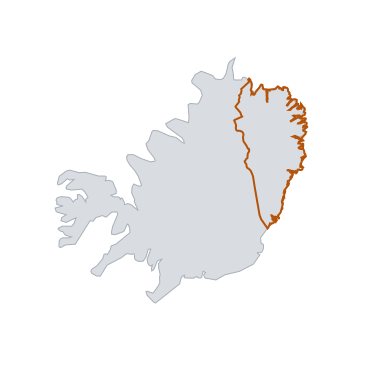 Iceland, with Austurland highlighted, rotated 325°
{"feature_id": "ISL-695", "entity_name": "Austurland", "entity_type": "Region", "adm_level": 1, "iso_a3": "ISL", "parent_name": "Iceland", "parent_adm1": "", "projection": "mercator", "projection_center": [-15.126, 64.88], "detail": "fine", "context": "in_parent", "style": "outline", "palette": "amber", "viewbox_px": 384, "rotation_deg": 325, "n_neighbors": 0, "source": "natural_earth", "source_scale": "10m", "svg_char_len": 9739}
<svg xmlns="http://www.w3.org/2000/svg" viewBox="0 0 384 384"><g transform="rotate(325 192 192)"><path d="M280.1,116.5L283.0,116.8L287.8,114.6L294.8,108.2L297.7,106.8L304.3,106.8L296.2,113.0L293.2,119.7L291.0,123.0L291.0,124.5L296.7,128.6L299.4,127.2L300.6,127.8L301.7,129.7L302.5,133.5L302.0,137.4L300.3,141.4L298.1,144.7L298.4,145.7L300.2,146.2L309.5,144.3L310.6,149.1L311.4,150.7L311.2,152.3L307.5,157.4L311.8,154.2L315.3,153.3L321.2,154.9L323.6,156.8L325.0,160.0L328.0,159.0L329.3,160.9L329.4,162.9L328.1,168.3L324.5,171.0L326.6,174.9L328.4,175.0L328.7,175.9L328.5,178.2L325.8,180.9L330.3,183.9L330.8,185.1L330.6,188.5L329.8,190.4L328.5,191.6L325.3,191.8L323.3,193.0L324.0,195.2L323.3,200.9L320.8,205.7L318.4,208.2L316.1,209.8L309.7,208.0L310.0,212.0L307.7,214.5L308.1,216.6L308.9,217.6L308.5,220.3L305.6,225.8L303.5,227.6L299.4,229.7L293.4,234.7L287.5,234.6L272.7,241.7L266.9,245.5L256.5,256.9L252.1,259.8L244.6,261.3L222.0,268.7L219.5,273.1L219.3,274.0L220.4,275.7L218.6,278.9L215.2,281.1L213.6,281.1L210.8,279.2L210.5,280.1L211.6,282.4L200.6,286.3L185.3,284.2L171.8,278.8L161.1,277.7L153.5,270.1L153.3,268.9L154.1,266.6L156.9,265.7L155.6,263.3L151.0,267.4L149.5,267.3L147.6,265.6L147.5,264.0L143.7,263.4L137.1,258.5L136.6,257.4L138.2,255.8L137.9,255.5L134.3,255.8L129.1,260.2L98.4,262.0L97.3,259.7L96.0,250.9L97.1,247.2L98.4,247.5L102.0,252.5L110.2,249.7L113.6,247.8L116.7,243.0L118.5,241.5L121.0,235.3L123.5,231.5L128.7,229.7L124.1,228.6L116.3,233.6L113.7,233.6L114.9,231.4L117.6,229.0L115.7,228.8L115.0,227.7L114.9,225.4L116.3,221.7L125.5,215.1L123.3,213.8L117.0,218.9L112.3,220.6L108.5,218.3L106.7,215.2L106.8,213.8L109.1,209.8L108.7,209.1L107.2,208.7L103.1,205.0L96.6,205.3L80.6,203.2L68.5,208.3L65.6,206.0L63.2,200.9L63.7,198.9L65.8,197.7L71.7,197.9L80.4,195.5L84.4,192.5L85.9,193.2L86.7,194.7L92.0,192.4L94.9,189.8L99.7,191.1L117.8,189.7L120.1,186.2L121.1,182.1L120.7,181.2L114.0,185.0L112.5,185.0L104.8,183.0L102.0,180.7L102.9,178.8L107.0,174.9L117.4,168.3L118.9,166.9L119.0,165.3L114.9,162.5L107.1,163.3L105.1,159.9L98.6,157.9L94.3,159.2L92.0,157.1L66.5,167.8L58.2,162.9L52.3,162.1L51.7,160.5L55.2,155.8L57.5,155.0L59.9,155.4L64.4,158.7L67.6,159.7L63.6,154.9L63.4,150.3L62.2,149.1L61.0,146.0L61.5,144.9L66.2,145.6L73.7,151.0L77.4,150.0L82.2,146.6L71.4,144.7L68.2,140.4L70.5,138.2L76.0,138.5L69.9,131.1L69.6,129.9L70.6,126.6L78.4,129.4L74.3,125.1L74.2,124.1L75.3,123.3L76.0,120.6L77.9,119.5L81.8,120.5L87.9,125.5L88.7,127.0L89.0,132.1L91.3,131.3L94.2,132.0L96.5,128.5L98.2,129.3L99.4,132.4L99.3,139.3L100.9,136.9L103.7,136.7L104.2,131.1L103.6,126.6L94.4,121.3L90.8,117.5L91.2,116.2L93.0,115.1L102.6,114.1L98.5,111.9L97.5,109.6L90.2,110.5L86.5,109.5L86.4,108.3L87.9,106.6L92.3,103.0L100.7,102.7L104.1,103.7L110.7,111.5L115.9,114.7L124.6,125.3L130.2,129.3L130.4,130.4L129.5,131.6L127.4,133.0L130.7,134.8L132.7,137.5L132.8,138.7L131.0,147.1L128.9,149.8L123.8,148.2L125.0,150.9L128.7,153.7L129.5,155.3L129.0,156.9L130.7,156.4L131.3,157.3L130.5,162.0L129.5,163.7L132.6,164.6L134.7,167.0L137.3,176.4L138.7,169.2L139.4,166.5L140.6,165.5L142.1,158.1L145.6,153.7L148.8,152.0L152.1,157.2L154.5,157.7L157.0,148.5L157.4,141.7L156.6,134.2L157.0,128.9L158.7,125.6L160.9,124.7L165.5,127.9L169.4,135.3L175.2,143.4L179.2,145.5L179.9,145.2L180.6,142.6L180.1,131.9L181.9,126.2L186.7,124.8L194.0,119.5L195.7,119.4L199.2,122.4L205.7,133.2L210.2,138.2L212.6,146.1L213.7,147.6L214.7,145.1L214.8,141.6L209.2,125.1L209.2,122.8L209.7,121.0L219.7,121.9L221.9,123.8L228.8,133.2L232.2,129.4L238.9,118.2L241.3,118.5L247.0,123.1L249.3,122.7L256.0,118.6L257.5,113.4L254.6,102.6L255.8,100.4L262.1,97.7L268.8,98.3L275.7,108.3L276.0,112.9L280.1,116.5Z" fill="#d9dde1" stroke="#a8b0b8" stroke-width="1"/><path d="M303.8,131.8L304.1,133.2L304.1,133.9L303.6,134.8L303.6,136.0L302.9,138.0L301.0,140.3L299.1,141.7L298.5,142.5L298.6,143.6L298.1,144.5L296.8,145.9L297.5,145.8L298.2,145.3L299.4,143.7L299.0,145.0L298.3,146.4L298.0,147.5L298.9,148.0L299.8,147.7L301.8,146.5L307.3,145.0L309.3,144.0L310.3,143.7L311.1,144.6L310.0,147.2L309.4,147.8L309.5,148.4L309.9,149.3L312.1,150.8L312.5,151.4L311.2,151.8L310.4,152.4L309.8,154.0L308.5,155.6L307.9,156.9L306.0,159.3L305.3,161.0L305.2,162.0L305.5,161.5L306.1,160.2L307.5,158.9L308.2,157.4L311.4,152.7L311.9,152.3L312.6,152.4L314.6,154.0L313.5,152.6L313.2,151.9L318.8,155.3L319.6,155.4L322.4,154.7L322.8,154.7L323.1,155.0L323.3,155.8L323.4,156.4L323.2,156.8L322.9,156.9L322.9,157.3L323.7,157.3L324.0,157.4L324.3,157.8L324.3,158.2L324.1,159.5L324.5,160.3L325.0,160.7L326.2,159.0L326.8,158.5L327.6,158.7L327.7,158.9L327.8,159.9L328.5,159.9L329.5,161.2L329.6,162.6L329.2,163.4L328.5,164.6L328.8,166.1L328.8,166.6L327.8,167.5L328.1,167.9L328.0,169.6L327.1,170.2L324.8,169.9L323.8,170.4L324.4,171.0L326.4,171.7L326.5,172.7L325.9,173.4L325.1,173.8L323.8,173.8L322.2,174.6L320.0,175.0L319.4,175.5L319.8,176.0L323.8,174.5L325.1,174.6L327.5,174.0L328.3,174.2L329.6,175.1L330.2,175.8L330.6,176.8L330.0,177.2L329.0,178.9L328.4,179.3L325.2,180.1L321.7,180.1L320.3,180.5L318.7,180.5L319.5,181.1L322.4,180.5L326.4,180.9L328.1,180.5L329.1,180.5L329.4,180.7L329.2,181.1L328.8,181.8L328.8,182.7L328.7,183.0L327.7,183.4L326.0,183.8L326.0,184.3L328.0,183.9L328.5,184.3L328.5,184.7L328.0,184.9L327.6,185.5L328.6,185.6L329.1,186.3L329.4,186.1L329.8,185.3L330.0,185.1L330.8,183.4L331.8,182.2L331.9,184.4L331.7,186.8L332.1,187.1L332.3,187.7L332.1,188.4L331.7,189.3L331.1,189.7L330.1,190.1L329.5,190.5L330.2,191.9L330.2,192.2L328.6,193.4L326.7,193.0L325.1,193.3L324.6,193.0L323.9,190.8L322.2,189.8L320.9,189.3L319.5,187.9L318.7,187.6L318.8,188.3L319.1,188.8L319.7,189.3L318.8,190.3L313.6,190.5L313.6,190.9L321.7,191.7L322.3,192.4L322.9,193.9L324.1,195.0L326.8,196.3L327.3,197.1L326.2,198.0L325.0,197.8L322.7,196.7L320.2,197.1L318.6,196.5L318.2,196.7L319.7,197.8L323.3,198.6L325.0,200.0L325.4,200.9L325.5,201.4L324.8,201.9L324.2,202.7L323.9,202.9L321.2,201.8L320.4,202.5L323.2,203.7L323.7,204.1L323.7,204.8L322.9,205.0L320.0,204.9L319.2,204.5L318.8,205.0L318.3,205.4L318.3,205.8L319.1,206.8L319.9,208.3L319.5,208.4L318.3,209.5L312.6,210.7L311.7,210.4L310.9,209.7L310.1,207.4L309.5,206.7L308.8,205.3L308.4,205.0L306.4,204.5L306.7,204.9L307.6,205.0L307.9,205.3L307.9,205.9L307.6,207.0L308.0,207.5L309.3,208.2L309.8,208.3L309.7,209.4L310.1,210.4L310.9,211.5L312.2,212.0L312.7,212.5L312.4,213.2L312.5,213.6L308.3,212.1L306.9,213.2L307.4,213.7L308.4,214.2L308.9,214.8L309.1,215.5L309.1,216.0L308.8,216.5L308.3,216.8L304.9,216.8L304.6,217.2L304.9,218.0L305.4,218.7L305.7,218.7L306.0,219.3L306.5,219.7L307.0,219.7L307.1,219.3L308.2,219.0L309.8,216.6L310.5,216.0L310.7,216.3L310.3,217.0L308.0,219.8L307.6,220.5L307.4,222.8L306.5,224.3L306.4,224.8L306.5,226.0L306.1,226.5L306.0,227.1L305.6,228.2L303.0,228.5L300.5,229.5L301.6,228.6L305.0,227.4L304.4,227.0L301.3,226.6L301.3,227.7L300.5,228.5L300.2,228.7L299.6,229.8L297.9,231.0L296.8,232.4L296.4,233.1L296.8,231.9L296.8,231.5L296.6,231.5L296.4,232.1L296.0,232.6L295.2,233.3L295.5,234.1L295.7,234.3L296.3,234.3L296.8,233.9L297.1,235.5L296.5,235.5L295.8,236.5L295.3,236.8L294.1,236.6L293.1,235.9L291.8,234.5L291.3,234.3L290.3,235.5L289.4,235.1L289.1,235.5L289.4,235.9L289.1,236.2L288.2,236.3L288.7,234.7L288.7,234.3L287.5,234.5L287.3,234.1L287.2,233.2L286.9,232.6L286.6,232.4L286.3,232.7L286.3,233.1L286.6,233.7L286.8,234.7L285.7,234.2L285.4,233.9L285.4,233.5L285.6,232.7L285.3,231.5L284.6,230.3L283.5,229.2L281.9,228.7L283.7,229.6L284.7,232.2L284.3,232.7L283.8,232.2L283.8,232.7L284.3,233.2L284.4,234.1L284.2,235.1L283.8,235.9L283.2,236.3L281.8,235.9L281.2,236.3L281.9,236.8L282.8,236.8L282.1,237.3L280.5,237.9L279.0,238.0L277.5,238.6L276.8,239.2L276.5,238.3L275.7,239.3L273.5,241.2L275.6,240.4L276.1,240.8L275.3,241.5L268.6,243.6L267.7,244.4L268.9,244.4L268.9,244.8L267.3,246.2L266.5,246.5L265.6,247.6L264.8,248.3L264.6,248.8L264.3,248.2L264.0,248.1L263.8,248.4L263.5,248.8L263.5,249.2L263.8,249.2L263.8,249.6L262.3,250.6L261.7,250.8L261.9,250.0L260.5,251.0L259.9,251.8L259.5,252.8L259.9,252.8L260.5,252.2L259.8,253.5L259.5,254.0L257.6,255.6L256.4,257.6L255.6,258.0L256.2,257.5L256.5,257.1L256.7,256.4L252.8,259.6L249.4,260.6L248.9,260.5L248.4,260.0L248.8,260.6L249.3,260.8L248.4,261.2L248.5,262.6L248.4,263.3L248.1,263.5L247.9,263.4L247.8,262.0L247.4,261.6L246.4,260.2L245.7,259.8L245.5,260.0L245.5,260.5L245.5,263.2L245.4,263.5L245.0,263.3L245.0,262.8L245.1,261.4L244.8,260.2L244.6,259.8L244.6,260.2L244.5,262.4L244.4,263.1L244.7,263.6L244.6,264.0L243.7,264.4L244.0,263.0L244.0,262.5L243.9,262.0L244.0,261.3L244.4,261.0L244.4,260.7L244.2,260.4L244.4,258.0L244.2,257.4L243.7,256.7L243.5,257.0L243.4,258.5L243.5,259.1L243.7,259.6L243.3,260.0L242.4,260.0L242.1,260.8L242.4,261.4L242.7,262.6L243.2,263.1L242.7,263.8L241.8,264.0L239.9,263.9L238.6,263.1L237.9,263.7L237.7,263.7L237.6,262.7L234.4,264.7L233.0,265.2L233.0,254.4L233.2,253.3L234.1,249.7L246.0,224.3L250.9,214.3L251.5,212.2L252.0,209.8L252.2,208.5L252.2,207.4L251.9,206.0L251.1,203.8L251.1,203.4L251.2,202.9L251.9,201.4L252.4,200.5L252.5,199.9L252.3,198.9L252.6,197.2L252.8,197.0L253.4,197.0L254.9,196.2L257.0,195.9L258.7,193.7L259.8,192.5L262.1,191.5L263.1,190.0L263.3,189.5L263.3,189.2L262.8,188.8L262.7,188.4L263.2,185.2L263.2,182.6L263.3,181.7L263.2,181.2L263.4,179.8L263.7,179.0L264.4,177.9L265.2,176.3L267.0,174.7L267.6,173.2L267.7,172.3L267.5,171.2L266.7,169.9L266.3,169.3L264.3,167.9L263.9,167.2L263.9,166.6L264.0,165.9L264.3,165.3L265.1,164.0L265.8,163.5L266.5,162.3L267.1,160.1L267.4,158.2L267.5,157.7L268.1,157.4L276.3,159.0L276.5,156.9L277.1,154.9L277.2,154.4L276.9,152.3L276.8,150.3L276.5,149.1L276.5,147.7L276.7,146.9L282.5,145.1L282.7,144.2L283.3,143.3L285.3,141.8L285.6,141.4L285.9,139.9L288.2,139.6L289.7,138.4L290.8,137.2L291.4,135.9L301.8,134.5L302.6,132.1L303.8,131.8Z" fill="none" stroke="#b45309" stroke-width="2"/></g></svg>